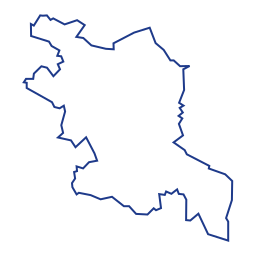 outline of Zhelino, Želino, North Macedonia
{"feature_id": "65306769B31253280068655", "entity_name": "Zhelino", "entity_type": "district", "adm_level": 2, "iso_a3": "MKD", "parent_name": "North Macedonia", "parent_adm1": "Želino", "projection": "equal_earth", "projection_center": [21.113, 41.927], "detail": "fine", "context": "isolated", "style": "outline", "palette": "blue", "viewbox_px": 256, "rotation_deg": 0, "n_neighbors": 0, "source": "geoboundaries", "source_scale": "gbopen_adm2", "svg_char_len": 1336}
<svg xmlns="http://www.w3.org/2000/svg" viewBox="0 0 256 256"><path d="M228.2,240.6L228.2,221.6L226.1,218.1L231.9,200.1L232.2,181.0L225.2,174.3L208.8,168.5L209.3,165.9L186.8,154.3L184.7,150.1L173.6,142.4L183.0,135.4L178.9,123.9L182.3,118.4L178.6,115.9L182.8,112.5L179.7,107.9L183.5,105.6L179.1,102.8L184.1,90.0L183.3,69.3L189.6,66.0L180.1,66.2L173.7,60.4L170.4,60.4L163.7,49.9L155.6,43.1L149.7,27.7L134.1,32.6L113.5,43.3L113.7,49.3L105.9,48.8L91.4,45.4L83.3,38.0L76.4,36.9L84.7,25.1L77.1,20.2L64.6,24.4L53.2,18.4L50.5,19.9L46.9,15.4L42.8,15.7L40.2,15.4L33.8,25.6L30.9,24.0L31.1,36.0L49.0,41.6L51.6,46.0L59.4,50.4L57.3,55.8L61.2,56.3L63.3,61.6L57.8,64.2L60.0,69.3L53.4,76.2L47.0,67.7L41.4,66.3L33.9,73.6L33.2,78.9L26.0,78.9L23.8,82.3L26.7,82.8L26.7,88.0L52.0,102.2L54.4,107.0L59.6,108.3L63.8,105.7L65.1,111.5L61.3,125.2L63.1,132.9L58.0,137.5L71.0,140.4L75.5,147.2L86.1,137.3L94.5,153.4L97.1,160.7L89.0,162.2L83.1,168.4L76.6,166.4L77.0,171.1L74.1,172.0L75.1,178.5L72.0,183.1L72.4,187.2L76.6,194.4L78.8,192.8L90.6,195.1L100.6,199.3L112.0,196.8L123.9,206.2L129.1,206.2L136.1,213.9L147.5,214.5L153.7,208.3L156.0,210.2L161.0,208.1L159.2,194.1L164.8,194.9L166.1,191.5L171.4,193.8L177.1,189.4L178.8,193.9L183.5,194.4L186.3,199.7L186.1,220.1L190.3,220.5L198.4,213.7L208.1,234.2L228.2,240.6Z" fill="none" stroke="#1e3a8a" stroke-width="2"/></svg>